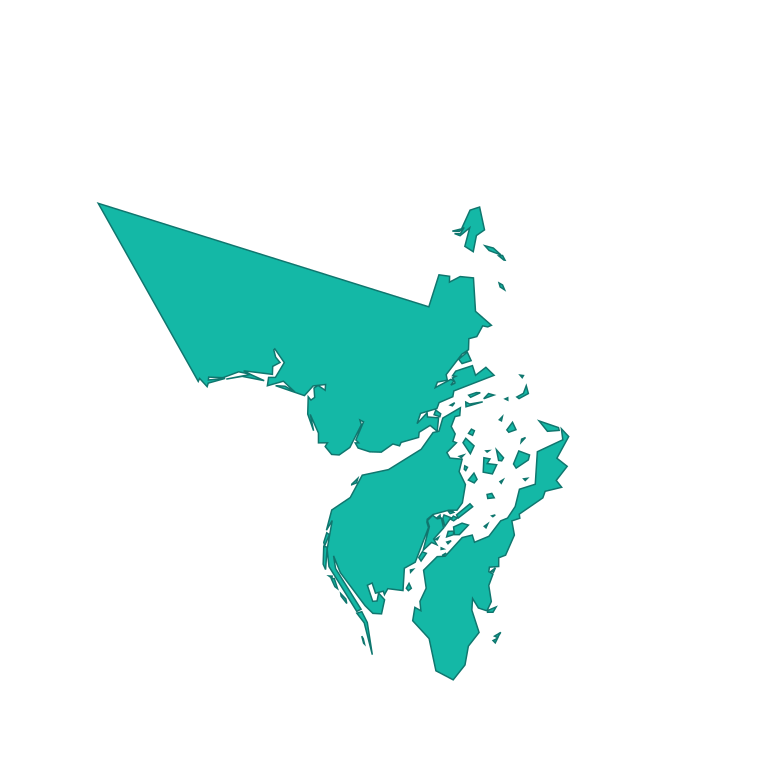 West New Georgia-Vonavona, Western, Solomon Islands (Natural Earth projection), rotated 242°
{"feature_id": "97153195B60589272182469", "entity_name": "West New Georgia-Vonavona", "entity_type": "district", "adm_level": 2, "iso_a3": "SLB", "parent_name": "Solomon Islands", "parent_adm1": "Western", "projection": "natural_earth1", "projection_center": [157.168, -8.247], "detail": "fine", "context": "isolated", "style": "filled", "palette": "teal", "viewbox_px": 768, "rotation_deg": 242, "n_neighbors": 0, "source": "geoboundaries", "source_scale": "gbopen_adm2", "svg_char_len": 6230}
<svg xmlns="http://www.w3.org/2000/svg" viewBox="0 0 768 768"><g transform="rotate(242 384 384)"><path d="M677.7,216.5L473.5,221.2L475.5,223.8L464.7,226.6L467.3,229.2L463.5,246.4L470.0,230.8L472.4,232.4L465.2,244.8L463.0,261.4L455.5,270.5L461.6,266.2L444.9,290.0L451.8,294.0L451.8,302.3L458.5,300.9L465.9,302.7L466.3,304.1L449.7,306.0L440.8,291.2L444.0,285.2L437.2,280.2L433.7,296.5L418.7,301.6L428.5,295.6L433.4,287.5L411.1,308.3L415.6,320.5L411.0,332.2L406.1,329.1L413.7,325.1L413.3,320.3L404.7,316.5L404.1,311.9L408.3,311.1L393.2,302.5L375.8,299.9L391.8,304.6L371.5,303.1L362.8,298.5L358.6,306.5L356.4,302.7L346.4,304.7L342.4,311.1L344.0,324.1L358.7,344.9L363.6,345.8L360.2,348.2L347.8,332.9L344.0,334.0L345.5,330.9L339.6,331.1L330.8,339.6L325.1,349.6L326.9,363.7L322.1,368.7L324.4,371.7L320.6,389.5L324.9,392.4L325.8,405.3L317.3,408.8L328.5,416.3L334.5,406.9L338.3,408.5L333.5,394.6L340.9,402.4L337.5,419.2L341.7,423.9L340.5,438.8L345.1,442.4L340.0,485.3L350.9,481.8L348.7,468.9L358.7,470.7L361.7,453.4L359.1,448.4L357.1,451.0L357.2,447.3L352.3,447.5L351.4,446.9L351.6,442.5L353.9,447.2L356.7,445.2L356.7,427.5L360.6,432.0L357.7,441.7L363.1,443.3L373.8,466.8L374.6,474.7L384.2,480.2L382.3,488.2L389.0,498.4L385.7,502.4L385.4,506.4L405.2,498.9L435.7,512.8L443.1,501.7L443.2,489.6L448.3,492.5L454.6,483.8L431.1,459.8L677.7,216.5ZM327.2,440.3L326.3,419.9L316.5,410.4L318.1,404.5L308.9,386.2L306.3,347.8L313.7,322.0L299.6,300.9L297.3,278.7L281.9,264.5L287.8,274.2L264.9,256.3L248.6,249.7L196.0,253.2L195.9,258.0L243.8,254.6L256.0,258.8L238.0,256.9L197.2,263.2L186.7,266.5L182.2,273.9L193.2,283.2L201.9,281.1L195.7,276.0L197.4,272.0L214.1,274.8L213.9,280.1L203.3,278.3L201.4,286.1L197.8,285.5L201.5,291.3L192.7,303.8L211.8,315.5L212.0,327.9L236.4,355.9L241.9,357.0L244.3,358.7L245.8,366.1L242.2,381.9L238.3,389.2L242.3,397.4L257.0,408.7L271.4,409.2L280.9,417.7L287.6,407.5L294.0,407.3L298.1,420.4L301.1,417.9L306.5,423.4L314.9,423.4L321.9,431.4L320.6,436.1L327.2,440.3ZM261.2,519.6L250.8,515.7L252.2,487.6L224.5,470.5L227.5,454.2L214.2,442.3L207.6,430.1L208.4,422.8L200.3,405.1L201.8,389.6L209.2,391.0L211.7,380.9L203.2,357.2L206.6,349.9L201.0,331.5L183.9,325.4L175.2,313.7L166.5,310.1L172.3,306.4L161.5,298.2L138.0,304.3L106.4,295.2L90.3,306.2L97.9,323.6L112.9,335.4L120.0,351.3L143.1,355.4L153.0,361.5L141.9,362.2L135.4,368.4L141.5,376.6L156.9,381.9L165.0,391.0L169.1,388.4L172.8,391.1L169.0,399.6L176.7,403.7L175.8,411.0L189.4,428.2L203.1,432.6L201.7,440.9L205.6,442.3L208.9,470.8L213.6,475.9L209.4,492.4L218.0,490.8L225.3,507.1L237.3,501.8L250.9,522.4L261.2,519.6ZM486.9,516.1L483.4,522.3L484.6,528.3L480.9,522.1L483.7,516.9L479.2,520.8L481.7,533.0L467.6,520.0L458.9,524.9L471.7,535.3L472.9,545.1L495.4,551.5L497.1,541.6L484.6,525.3L486.9,516.1ZM245.3,365.3L243.0,358.2L236.8,357.1L218.8,340.5L221.8,351.6L217.2,355.2L223.8,355.0L228.9,369.0L238.7,371.7L240.0,367.7L245.3,365.3ZM261.6,471.6L252.6,460.8L247.7,461.2L249.2,475.8L253.0,479.2L261.6,471.6ZM272.0,437.6L259.6,430.2L253.7,437.5L259.8,445.6L265.3,437.7L268.1,442.4L272.0,437.6ZM194.4,252.4L182.4,254.4L150.5,246.6L181.3,257.3L193.4,257.5L194.4,252.4ZM225.1,378.3L217.9,375.5L215.6,379.8L219.8,392.3L224.5,387.6L225.1,378.3ZM297.7,430.7L295.1,426.2L281.9,427.5L287.1,434.5L297.7,430.7ZM373.1,472.5L370.8,461.6L365.4,462.5L363.7,471.9L373.1,472.5ZM278.6,503.6L265.5,506.1L260.8,516.9L263.6,517.6L278.6,503.6ZM455.1,270.7L462.4,247.0L457.3,262.4L443.2,279.8L455.1,270.7ZM269.0,254.6L253.5,245.7L247.6,245.3L266.6,257.2L269.0,254.6ZM237.9,403.7L234.4,386.6L230.8,386.7L234.0,404.7L237.9,403.7ZM289.9,479.5L285.8,470.9L282.8,471.5L281.7,479.1L289.9,479.5ZM240.2,375.5L237.7,372.8L229.8,370.9L234.6,380.3L240.2,375.5ZM315.7,508.8L310.3,502.7L310.2,495.2L307.7,496.4L307.8,507.0L315.7,508.8ZM263.1,421.6L259.6,413.4L254.3,417.2L256.1,421.4L263.1,421.6ZM458.7,538.0L452.5,539.5L442.9,547.9L452.7,544.4L458.7,538.0ZM279.5,263.6L272.5,256.5L269.0,255.6L276.6,265.0L279.5,263.6ZM217.8,339.0L214.4,333.2L210.3,333.6L214.6,341.9L217.8,339.0ZM223.8,371.5L219.6,367.5L218.4,374.5L221.3,376.5L223.8,371.5ZM273.2,452.4L262.7,449.3L260.9,451.8L262.7,454.9L273.2,452.4ZM238.1,423.1L234.2,421.9L231.8,427.9L236.8,427.8L238.1,423.1ZM329.7,447.7L325.4,445.7L321.9,462.8L326.1,450.2L329.7,447.7ZM334.4,453.5L331.6,454.2L331.1,464.9L333.1,461.5L334.4,453.5ZM134.5,378.3L135.3,369.6L133.8,368.3L131.3,373.1L134.5,378.3ZM303.1,440.0L300.7,435.4L297.1,438.1L300.3,441.9L303.1,440.0ZM196.2,312.5L193.2,307.8L190.1,308.5L190.8,312.2L196.2,312.5ZM326.5,471.8L324.2,465.1L322.6,475.9L326.5,471.8ZM336.6,417.4L333.4,413.8L328.9,418.0L331.1,420.1L336.6,417.4ZM236.7,246.0L228.1,245.5L225.1,246.9L235.6,248.8L236.7,246.0ZM109.9,370.5L109.5,363.2L106.8,365.2L109.9,370.5ZM234.8,383.2L232.9,379.6L230.5,381.3L231.2,386.0L234.8,383.2ZM219.3,247.4L216.7,246.5L207.7,248.1L212.1,249.4L219.3,247.4ZM419.2,533.0L415.1,532.1L410.5,534.7L415.8,535.2L419.2,533.0ZM270.3,483.8L270.7,479.6L268.1,477.6L270.3,483.8ZM106.2,364.9L106.3,359.8L103.2,360.7L106.2,364.9ZM313.0,316.6L310.7,308.5L310.2,308.2L309.6,313.3L313.0,316.6ZM241.9,371.9L241.0,367.4L240.1,371.2L241.9,371.9ZM443.3,545.4L437.2,548.0L436.5,549.0L441.8,549.0L443.3,545.4ZM243.6,444.3L243.4,440.5L241.3,440.9L243.6,444.3ZM273.8,416.9L271.0,414.8L269.2,415.5L271.3,418.6L273.8,416.9ZM211.9,410.1L211.3,405.7L209.1,406.5L211.9,410.1ZM283.9,421.2L284.8,416.4L282.7,417.7L283.9,421.2ZM334.3,437.6L334.2,432.6L332.6,434.2L334.3,437.6ZM238.7,248.0L240.4,245.2L236.9,246.9L238.7,248.0ZM233.4,466.4L234.7,462.8L232.5,463.4L233.4,466.4ZM241.5,381.0L238.5,381.6L237.9,385.4L239.3,384.8L241.5,381.0ZM169.3,396.0L168.4,390.6L166.4,392.3L169.3,396.0ZM205.6,359.5L205.4,355.5L204.4,355.4L205.6,359.5ZM214.1,369.7L215.0,365.2L212.9,365.5L214.1,369.7ZM299.7,473.3L298.3,469.0L296.3,470.4L299.7,473.3ZM206.6,322.9L207.4,320.0L205.3,319.1L206.6,322.9ZM216.2,420.8L217.0,417.2L215.7,417.8L216.2,420.8ZM210.3,359.3L212.5,357.6L211.1,356.8L210.3,359.3ZM223.0,360.2L222.7,356.1L221.4,357.9L223.0,360.2ZM326.0,511.1L328.0,508.3L324.7,509.0L326.0,511.1ZM313.8,486.8L314.0,483.9L311.6,485.7L313.8,486.8ZM275.8,445.6L277.1,442.6L275.5,443.1L275.8,445.6ZM171.8,246.0L164.7,244.3L163.4,244.7L168.8,246.1L171.8,246.0Z" fill="#14b8a6" stroke="#0f766e" stroke-width="1.5"/></g></svg>